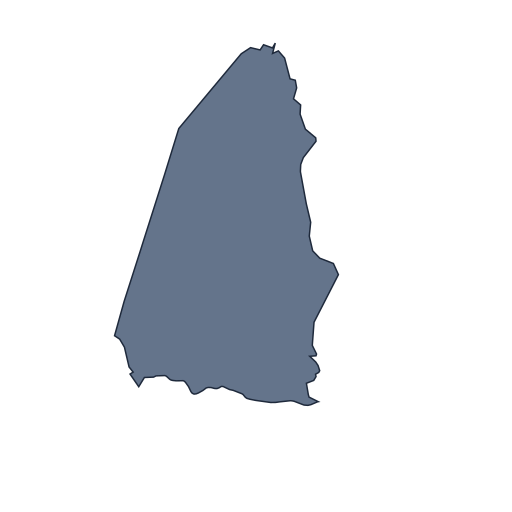 Burlington, New Jersey, United States of America (orthographic projection), rotated 220°
{"feature_id": "52423323B76403507103928", "entity_name": "Burlington", "entity_type": "district", "adm_level": 2, "iso_a3": "USA", "parent_name": "United States of America", "parent_adm1": "New Jersey", "projection": "orthographic", "projection_center": [-74.789, 39.861], "detail": "fine", "context": "isolated", "style": "filled", "palette": "slate", "viewbox_px": 512, "rotation_deg": 220, "n_neighbors": 0, "source": "geoboundaries", "source_scale": "gbopen_adm2", "svg_char_len": 1566}
<svg xmlns="http://www.w3.org/2000/svg" viewBox="0 0 512 512"><g transform="rotate(220 256 256)"><path d="M256.6,97.4L256.5,97.6L255.8,99.3L255.3,100.1L249.0,105.8L248.0,106.2L246.8,106.3L242.8,106.1L241.3,106.4L239.7,107.2L236.9,109.1L231.6,113.7L230.3,114.0L228.8,113.9L223.8,112.6L218.7,110.3L217.5,110.0L217.2,109.9L216.1,110.0L214.7,110.4L213.2,112.0L212.1,114.0L210.3,118.7L209.3,123.0L208.1,124.6L205.8,126.4L202.6,127.9L201.2,128.9L200.3,129.9L200.0,130.6L199.6,131.2L198.9,133.4L198.5,134.0L197.3,134.9L190.4,136.7L187.2,138.4L178.3,141.4L178.2,141.4L177.0,141.6L173.3,140.9L171.4,141.1L168.5,142.4L163.4,145.2L150.8,153.1L150.6,153.2L146.8,156.5L144.2,159.4L136.7,167.2L135.3,168.2L133.5,169.2L127.4,171.3L123.4,172.7L120.3,174.9L120.2,175.0L118.4,177.4L115.1,183.9L114.7,184.4L124.7,182.0L127.0,183.6L135.6,190.9L131.8,197.8L132.5,202.2L134.4,203.7L133.1,207.1L133.5,209.1L138.1,212.0L142.2,213.2L150.4,213.7L145.9,218.1L146.6,219.8L155.4,223.7L157.8,227.0L169.0,242.6L180.9,294.7L191.9,300.0L205.8,295.3L215.9,296.4L228.0,305.5L235.8,317.0L251.0,328.3L256.2,332.6L275.8,348.8L276.5,349.5L280.6,354.9L283.0,361.8L283.8,382.5L286.2,384.9L299.7,384.9L313.4,393.0L318.9,400.4L328.3,400.5L332.9,410.9L338.9,415.9L343.8,413.6L361.3,426.0L370.7,427.5L373.5,421.8L378.1,431.5L377.1,426.0L386.0,422.7L385.3,416.5L394.1,412.1L397.3,401.4L397.1,304.1L378.2,259.2L351.6,194.5L347.5,184.6L327.8,136.4L313.1,104.0L307.0,104.7L298.2,101.6L281.9,89.4L275.5,88.1L276.6,84.6L261.8,80.5L263.4,91.2L256.6,97.4Z" fill="#64748b" stroke="#1e293b" stroke-width="1.5"/></g></svg>